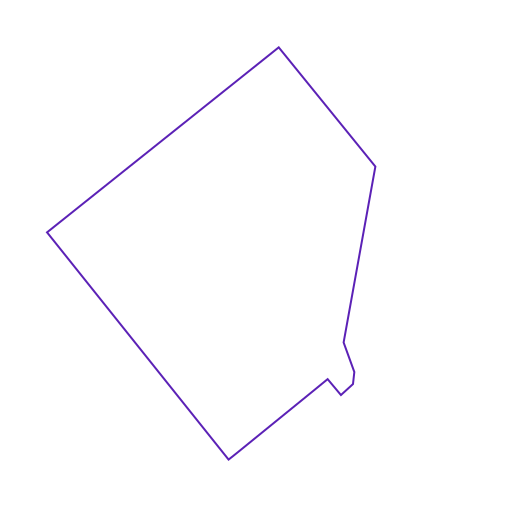 Clinton, Ohio, United States of America (Natural Earth projection), rotated 317°
{"feature_id": "52423323B39504847617427", "entity_name": "Clinton", "entity_type": "district", "adm_level": 2, "iso_a3": "USA", "parent_name": "United States of America", "parent_adm1": "Ohio", "projection": "natural_earth1", "projection_center": [-83.78, 39.396], "detail": "fine", "context": "isolated", "style": "outline", "palette": "violet", "viewbox_px": 512, "rotation_deg": 317, "n_neighbors": 0, "source": "geoboundaries", "source_scale": "gbopen_adm2", "svg_char_len": 332}
<svg xmlns="http://www.w3.org/2000/svg" viewBox="0 0 512 512"><g transform="rotate(317 256 256)"><path d="M404.3,272.0L414.9,118.9L408.1,118.4L345.6,113.6L119.3,96.2L97.1,386.2L107.2,387.0L201.3,393.4L224.4,394.9L223.3,415.6L239.6,415.8L248.8,407.9L261.1,379.0L404.3,272.0Z" fill="none" stroke="#5b21b6" stroke-width="2"/></g></svg>